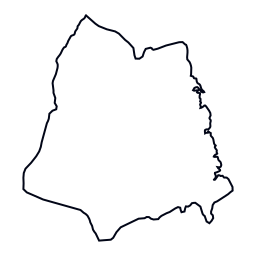 map outline of Lindi (Natural Earth projection)
{"feature_id": "TZA-3387", "entity_name": "Lindi", "entity_type": "Region", "adm_level": 1, "iso_a3": "TZA", "parent_name": "United Republic of Tanzania", "parent_adm1": "", "projection": "natural_earth1", "projection_center": [38.938, -9.38], "detail": "fine", "context": "isolated", "style": "outline", "palette": "ink", "viewbox_px": 256, "rotation_deg": 0, "n_neighbors": 0, "source": "natural_earth", "source_scale": "10m", "svg_char_len": 3720}
<svg xmlns="http://www.w3.org/2000/svg" viewBox="0 0 256 256"><path d="M186.1,44.8L186.6,46.0L187.2,48.1L187.5,50.3L187.5,52.7L187.1,57.2L187.3,59.4L189.6,62.1L190.4,63.9L191.0,65.9L191.3,67.7L191.1,74.2L190.8,75.8L193.1,76.5L193.5,77.0L193.7,77.6L194.0,78.2L194.7,78.4L196.1,78.5L196.5,79.0L196.5,80.0L196.8,81.6L197.4,82.9L198.1,83.5L198.9,83.9L199.8,84.6L200.4,85.7L201.2,88.4L201.9,89.7L203.8,91.4L204.2,92.1L203.3,92.4L202.5,92.3L202.0,92.1L201.0,91.3L200.9,91.1L199.6,89.7L198.2,87.8L197.2,87.1L195.9,87.3L195.1,87.7L194.7,87.8L194.4,88.0L193.1,90.2L194.1,90.7L198.2,90.2L197.3,91.5L197.0,92.3L197.6,92.8L198.9,92.9L200.0,93.3L200.0,94.4L199.6,96.0L199.6,97.7L199.7,98.0L200.3,98.6L200.5,98.9L200.5,100.3L200.5,100.5L200.1,101.3L200.1,101.5L200.5,101.9L200.8,102.1L201.0,102.6L200.8,103.3L200.4,103.8L200.1,104.4L200.3,105.3L200.8,106.5L200.8,107.1L200.5,107.9L201.4,107.7L202.6,107.0L203.7,106.2L204.4,105.5L205.2,105.5L206.2,106.5L209.1,110.7L210.3,113.0L210.6,115.4L209.5,117.9L209.5,118.4L209.9,119.1L210.4,119.7L210.7,120.3L210.7,121.2L210.3,122.8L210.2,123.5L210.4,126.1L210.2,127.1L209.3,128.4L208.4,129.3L207.8,129.5L207.1,129.3L206.1,129.5L205.2,129.9L204.9,130.6L204.9,131.7L205.1,133.3L205.7,132.9L206.5,132.8L207.9,132.7L208.0,131.8L208.4,131.5L209.0,131.9L209.5,132.4L209.7,132.6L210.0,132.7L210.7,133.0L210.8,133.9L210.7,134.8L210.7,135.4L211.1,136.1L212.7,137.8L213.3,139.3L214.1,143.6L214.8,144.8L215.7,145.5L215.5,146.0L215.0,146.5L214.8,147.2L215.2,148.0L215.5,148.6L216.4,149.6L216.8,150.4L216.6,152.0L217.2,153.6L216.6,154.1L215.3,154.7L214.1,155.9L213.8,156.6L214.4,156.9L217.0,156.8L217.5,156.9L217.8,157.4L218.3,159.5L218.7,160.3L219.8,161.3L220.4,161.9L220.8,162.8L221.3,165.0L220.8,166.6L219.5,167.4L217.5,167.1L218.1,168.1L220.0,169.8L220.1,170.5L219.4,171.1L217.0,172.2L215.0,172.8L214.9,173.7L215.8,175.7L215.7,177.2L215.2,178.3L214.4,179.2L213.4,180.0L215.1,179.6L218.3,175.2L219.7,175.4L220.6,176.0L222.6,175.8L224.0,177.5L224.9,177.6L225.9,177.5L226.8,177.7L228.5,179.2L232.5,187.0L232.6,190.6L230.5,192.1L228.1,194.2L217.2,201.3L214.4,202.5L212.7,205.1L212.2,208.4L211.1,211.5L211.1,213.6L212.8,215.3L213.2,218.1L211.6,220.8L209.4,223.2L206.6,221.5L204.7,216.0L203.6,215.2L202.6,213.8L200.4,206.6L195.3,202.8L193.6,202.9L191.9,203.2L190.2,205.4L188.1,206.6L185.9,206.4L185.2,208.2L184.5,211.5L181.5,212.2L180.7,210.1L180.2,207.7L178.0,207.1L175.3,208.4L169.7,212.0L166.6,213.2L161.4,215.9L159.5,217.5L158.3,219.1L153.6,219.5L151.0,218.7L149.0,217.1L146.7,217.0L144.6,218.2L138.6,218.7L120.7,227.3L116.5,232.1L113.2,237.8L110.8,239.7L99.1,240.6L95.7,233.5L94.2,231.6L93.0,229.6L92.1,225.9L90.3,222.4L89.9,220.7L89.2,218.8L87.5,215.7L85.7,214.0L83.6,212.7L80.5,210.0L43.1,199.5L26.8,192.4L23.4,189.1L23.6,183.4L23.4,177.7L23.8,173.0L25.5,168.7L31.1,162.8L36.2,156.3L39.2,151.4L40.8,146.9L41.7,142.2L46.9,123.2L48.0,121.0L48.8,118.7L49.4,113.7L52.5,110.7L56.2,109.3L56.7,106.3L54.7,102.9L55.3,98.0L53.5,92.9L53.5,90.3L52.6,83.2L53.0,80.9L55.9,74.1L57.5,68.0L57.7,66.3L57.7,64.6L57.4,63.6L56.3,61.2L56.8,58.9L58.2,56.9L59.5,55.3L60.7,53.5L62.6,49.5L63.9,47.6L64.3,47.3L65.3,46.9L65.8,46.5L66.1,45.9L66.4,44.8L67.4,43.2L68.2,41.0L70.6,36.7L71.1,36.0L72.0,35.5L73.2,35.1L74.3,34.5L74.8,33.3L75.0,32.1L75.5,31.0L77.2,28.7L77.4,28.2L77.5,27.6L77.5,26.9L77.7,26.2L78.0,25.7L78.5,25.3L78.9,24.7L80.3,22.0L81.0,20.9L82.1,19.9L83.9,18.7L84.4,18.2L84.9,17.5L85.5,16.0L86.0,15.4L95.4,23.7L98.8,26.1L106.8,29.3L115.1,31.4L118.9,33.6L125.1,39.9L128.4,42.5L133.4,48.0L134.5,55.4L135.6,58.6L139.4,58.7L142.6,56.5L144.0,52.2L145.7,48.9L150.4,47.7L151.7,48.2L152.4,49.3L153.5,49.8L157.7,48.7L166.1,45.5L179.2,42.2L182.6,42.1L185.1,44.4L186.1,44.8Z" fill="none" stroke="#020617" stroke-width="2"/></svg>